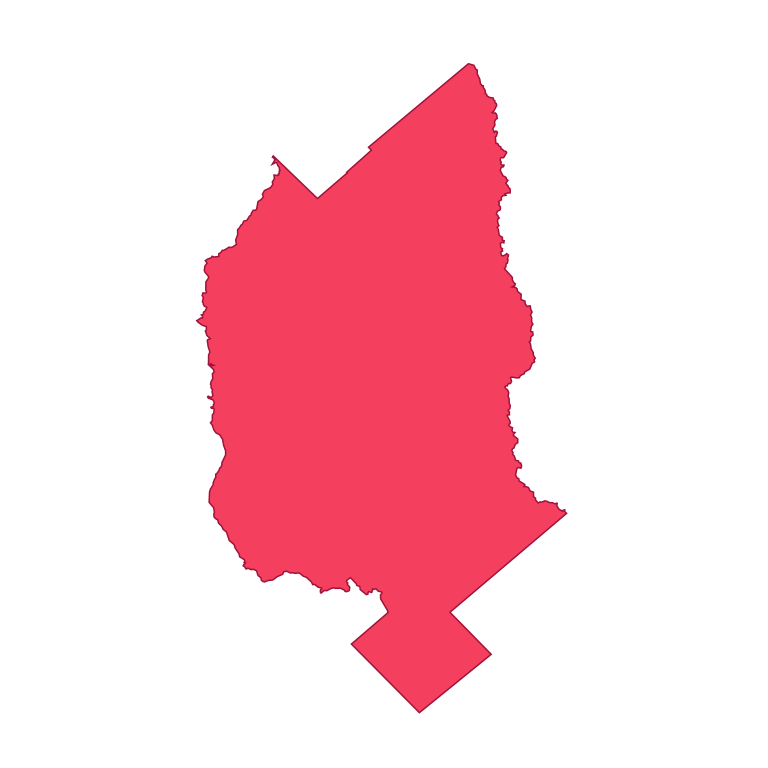 Saladillo, Buenos Aires, Argentina (Equal Earth projection), rotated 274°
{"feature_id": "61730980B83409300845185", "entity_name": "Saladillo", "entity_type": "district", "adm_level": 2, "iso_a3": "ARG", "parent_name": "Argentina", "parent_adm1": "Buenos Aires", "projection": "equal_earth", "projection_center": [-59.628, -35.682], "detail": "fine", "context": "isolated", "style": "filled", "palette": "rose", "viewbox_px": 768, "rotation_deg": 274, "n_neighbors": 0, "source": "geoboundaries", "source_scale": "gbopen_adm2", "svg_char_len": 6170}
<svg xmlns="http://www.w3.org/2000/svg" viewBox="0 0 768 768"><g transform="rotate(274 384 384)"><path d="M709.4,445.9L619.1,352.0L616.3,355.1L592.6,332.0L592.0,332.6L564.4,304.7L603.8,257.6L602.4,256.9L602.1,257.9L600.0,259.6L595.4,257.2L597.3,260.4L597.2,261.7L594.5,262.8L592.6,264.5L589.9,264.8L589.6,265.4L588.4,264.5L587.0,264.9L586.0,263.9L585.3,264.4L584.6,263.3L584.8,259.7L581.1,260.3L577.8,258.5L575.2,259.1L572.0,257.1L568.6,251.2L564.8,249.5L562.1,250.6L559.2,248.3L557.2,245.6L549.5,244.7L548.4,243.7L548.2,241.4L545.2,239.8L543.2,239.5L542.0,238.0L537.7,235.8L536.7,232.7L533.4,231.5L532.4,230.2L529.3,228.7L527.8,227.2L522.7,227.6L517.4,226.0L513.0,227.0L510.0,223.2L509.4,221.1L509.8,220.0L506.2,215.0L506.1,213.3L503.9,212.1L502.4,210.1L499.7,210.3L498.8,205.5L499.5,203.7L497.7,202.6L496.6,199.8L494.7,197.1L492.2,199.1L489.2,197.1L484.8,196.8L482.9,197.7L479.2,201.3L477.7,201.6L473.4,199.2L465.1,199.7L463.1,200.6L462.2,199.8L462.3,197.1L459.6,196.4L457.7,197.8L453.4,197.1L452.5,198.0L451.1,198.1L448.9,199.5L448.6,201.3L447.7,201.9L444.0,200.3L443.1,198.9L440.8,198.9L440.1,197.0L438.9,198.3L437.2,198.4L437.1,196.7L434.1,192.8L432.6,194.3L429.8,199.0L428.9,202.8L425.5,203.0L424.4,202.1L420.0,204.0L417.1,207.5L415.8,204.9L414.7,204.7L408.7,206.1L403.8,208.1L400.7,207.0L391.9,207.5L391.3,209.4L392.2,210.2L391.1,211.3L390.8,212.8L390.2,211.3L390.7,210.2L390.6,208.1L386.4,213.1L383.9,213.6L382.3,212.1L377.2,212.8L374.8,211.5L371.8,210.9L370.1,211.8L368.3,211.7L366.3,213.3L364.1,213.0L360.7,214.1L358.4,212.7L359.6,209.5L358.8,208.9L357.6,209.8L356.3,214.4L354.4,215.7L352.5,216.0L351.5,215.2L349.6,215.5L348.9,213.1L348.3,213.0L347.7,213.9L347.7,215.8L347.0,216.4L343.0,216.1L341.1,214.9L335.6,215.3L333.2,213.6L331.1,215.5L326.2,217.6L323.6,219.7L321.8,223.7L317.8,226.7L311.4,228.4L306.2,230.7L302.1,230.9L294.2,227.8L292.0,227.9L289.7,227.1L288.6,225.9L286.5,225.5L283.2,223.6L282.3,222.4L278.8,222.7L277.5,221.7L273.6,220.5L271.3,220.5L266.9,218.1L264.0,217.5L253.7,217.8L249.0,222.5L244.3,223.8L242.6,223.3L239.6,223.7L238.1,225.1L236.7,227.8L233.8,228.5L230.6,232.2L227.7,233.7L225.5,237.1L217.0,240.6L213.4,245.6L209.9,247.0L204.4,251.3L201.6,252.0L199.0,256.9L197.8,257.4L196.3,257.0L196.0,258.2L195.2,258.2L194.3,256.7L192.8,256.2L191.8,258.0L190.1,258.9L189.9,259.8L190.8,261.1L189.5,264.5L190.1,266.5L188.8,269.9L184.1,271.7L182.2,274.7L179.7,275.3L178.5,277.1L178.2,278.6L179.8,281.9L180.8,286.9L184.4,291.0L187.1,296.2L189.7,297.0L190.4,300.0L188.9,303.9L189.3,305.8L188.9,309.3L189.6,311.4L189.2,313.3L186.7,316.8L185.7,320.1L181.5,325.4L178.9,326.9L179.2,329.0L176.8,332.2L176.1,336.0L175.0,335.9L174.3,335.0L172.0,335.0L171.0,335.8L173.8,338.7L173.8,341.4L176.2,345.2L177.1,347.9L176.8,349.8L177.2,355.0L175.7,358.6L174.4,359.7L174.2,361.2L175.5,363.8L179.0,364.0L181.0,361.9L182.0,361.4L183.0,361.8L184.1,360.3L185.5,360.6L188.5,364.0L182.8,370.3L181.1,370.9L180.4,373.9L177.2,374.7L172.6,381.2L173.4,382.7L174.9,382.6L175.9,383.4L175.1,386.0L175.5,386.5L178.8,386.8L178.3,388.1L179.2,390.2L176.9,392.8L176.3,396.3L175.3,396.6L173.3,395.2L169.3,395.7L158.6,403.1L156.3,404.0L122.3,369.6L58.6,442.2L121.8,509.8L160.9,465.7L267.7,575.2L269.5,573.1L271.1,573.1L270.6,571.4L269.4,571.1L271.4,567.2L274.6,564.9L276.9,565.1L277.2,564.7L276.4,562.7L277.3,560.5L277.2,557.6L278.4,554.6L278.6,552.4L277.2,549.7L277.3,548.0L276.2,546.3L276.4,545.8L279.1,543.1L280.5,543.2L282.2,541.0L286.5,540.7L287.6,537.1L290.8,535.3L291.7,532.5L291.4,530.8L293.6,531.5L296.7,525.5L299.0,525.0L299.6,523.3L302.5,521.6L309.0,522.5L310.0,523.7L309.6,526.2L309.9,526.8L312.4,526.9L314.7,525.9L315.1,524.0L316.6,523.6L317.0,520.7L321.1,519.1L323.0,517.2L324.4,517.6L326.4,516.2L328.3,516.6L329.2,518.1L333.0,519.2L334.7,521.5L338.5,521.3L341.6,516.7L342.8,516.8L344.7,518.1L345.0,515.7L346.7,514.9L349.3,515.3L350.0,513.2L351.4,511.4L352.7,511.6L353.3,512.6L355.2,512.5L360.9,509.1L361.7,509.2L362.0,511.3L364.9,511.1L366.3,509.7L368.1,511.2L371.4,511.5L373.5,510.2L377.9,509.9L380.2,508.7L384.2,509.0L386.8,507.6L388.1,505.6L389.5,504.8L390.6,505.7L390.7,507.2L392.7,507.7L393.4,510.2L395.7,511.1L399.1,509.7L399.8,510.7L399.3,516.3L399.7,518.5L402.0,519.6L404.2,523.3L405.9,523.6L409.0,528.4L414.9,530.4L416.6,532.7L418.6,532.0L420.2,533.1L423.3,530.9L425.6,530.8L429.2,528.4L434.7,527.2L436.0,525.9L437.0,527.2L441.1,527.2L443.2,529.3L446.3,528.7L446.7,526.7L447.2,526.5L451.8,527.0L454.0,528.4L456.1,527.0L460.8,526.6L463.1,525.3L466.1,526.7L468.9,525.1L472.0,524.5L472.1,523.5L471.3,521.4L473.7,519.3L476.6,518.8L477.5,515.5L478.3,514.7L483.1,514.6L485.7,510.7L488.3,510.1L489.5,508.4L489.8,505.0L491.4,507.6L493.0,508.1L494.2,506.4L496.7,504.8L499.3,504.6L507.4,496.1L509.2,497.4L512.2,497.4L513.3,498.7L516.8,499.0L517.3,498.4L521.2,499.2L522.7,497.3L521.5,496.4L520.0,493.5L520.7,492.2L522.4,491.5L524.0,491.5L524.9,493.0L526.3,492.3L527.1,492.8L528.2,491.0L532.5,490.3L533.6,492.2L533.1,493.7L535.3,493.9L535.8,492.0L538.5,491.9L540.3,488.6L546.4,487.2L548.3,485.9L549.9,487.6L553.1,486.1L555.3,485.9L557.1,486.4L557.5,487.3L560.3,485.6L561.0,484.5L562.1,484.3L564.4,485.3L565.6,487.6L567.5,488.0L569.3,487.4L570.8,485.9L572.2,486.5L574.0,485.6L575.9,488.3L578.0,487.9L580.1,489.2L580.7,492.5L582.0,491.3L583.3,494.4L583.4,496.5L585.2,496.5L587.6,496.1L588.8,494.5L590.2,494.0L592.6,491.5L595.8,493.4L596.7,492.1L598.7,491.2L600.1,488.1L605.1,485.1L608.2,485.7L609.0,487.8L610.4,488.5L610.9,488.3L610.5,486.7L610.9,485.8L612.1,485.1L613.5,485.5L615.4,484.2L616.7,484.4L618.1,485.2L618.0,487.2L618.5,487.8L623.4,490.2L624.6,489.4L624.8,487.5L626.4,485.7L626.7,484.4L628.6,484.0L629.3,482.3L631.8,480.6L631.7,478.9L638.2,477.8L639.1,478.8L643.0,479.6L643.8,479.0L644.1,477.7L642.7,476.4L646.2,474.7L649.9,476.6L653.2,476.0L655.4,476.8L656.9,478.5L660.6,477.6L662.2,476.2L661.8,474.5L662.3,473.0L664.0,474.6L669.8,477.0L671.6,476.4L672.5,475.0L674.3,474.8L675.0,473.5L676.9,473.0L677.3,469.0L678.8,466.4L679.9,466.3L681.0,464.7L682.1,464.9L684.8,464.0L686.4,462.5L688.3,462.3L688.5,460.6L689.5,460.3L690.4,459.2L694.7,458.3L700.0,455.3L703.6,455.2L704.4,453.7L708.2,451.4L709.4,445.9Z" fill="#f43f5e" stroke="#9f1239" stroke-width="1.5"/></g></svg>